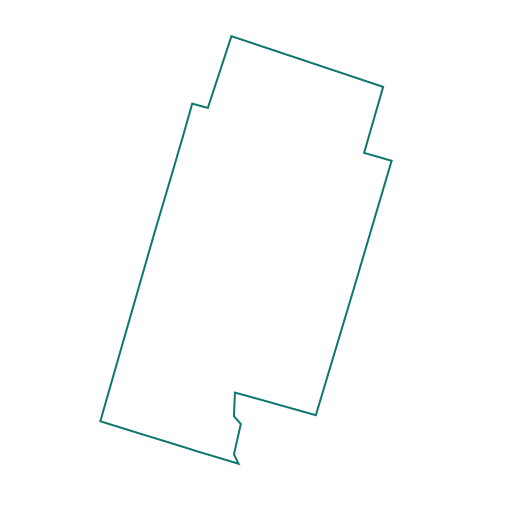 Summit, Ohio, United States of America, rotated 196°
{"feature_id": "52423323B73320668116479", "entity_name": "Summit", "entity_type": "district", "adm_level": 2, "iso_a3": "USA", "parent_name": "United States of America", "parent_adm1": "Ohio", "projection": "equal_earth", "projection_center": [-81.526, 41.129], "detail": "fine", "context": "isolated", "style": "outline", "palette": "teal", "viewbox_px": 512, "rotation_deg": 196, "n_neighbors": 0, "source": "geoboundaries", "source_scale": "gbopen_adm2", "svg_char_len": 482}
<svg xmlns="http://www.w3.org/2000/svg" viewBox="0 0 512 512"><g transform="rotate(196 256 256)"><path d="M180.4,453.6L258.7,457.0L340.2,460.5L343.1,385.0L359.3,384.9L359.2,350.9L359.3,336.9L359.4,313.4L359.7,281.9L360.0,249.5L360.1,119.9L360.1,54.2L319.0,53.3L271.9,52.4L258.7,52.0L215.5,51.5L222.5,59.3L224.3,90.3L233.1,96.0L238.6,118.9L220.8,119.1L164.7,119.4L154.6,119.5L153.0,249.2L151.9,384.9L180.5,384.9L180.4,453.6Z" fill="none" stroke="#0f766e" stroke-width="2"/></g></svg>